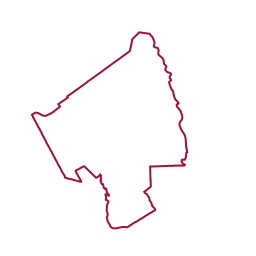 the district of La Gomera, Escuintla, Guatemala, rotated 135°
{"feature_id": "79465075B56387033973668", "entity_name": "La Gomera", "entity_type": "district", "adm_level": 2, "iso_a3": "GTM", "parent_name": "Guatemala", "parent_adm1": "Escuintla", "projection": "equal_earth", "projection_center": [-91.137, 14.084], "detail": "fine", "context": "isolated", "style": "outline", "palette": "rose", "viewbox_px": 256, "rotation_deg": 135, "n_neighbors": 0, "source": "geoboundaries", "source_scale": "gbopen_adm2", "svg_char_len": 5422}
<svg xmlns="http://www.w3.org/2000/svg" viewBox="0 0 256 256"><g transform="rotate(135 128 128)"><path d="M200.1,60.1L198.8,58.4L188.8,56.2L188.4,55.8L182.8,54.7L182.3,54.3L177.5,53.4L166.9,50.7L166.1,52.1L166.1,55.5L165.7,55.7L165.5,56.7L164.4,58.5L163.9,61.5L162.3,63.6L162.2,65.1L161.7,67.0L161.6,68.5L162.1,70.0L161.5,71.4L154.6,70.5L153.2,70.5L149.1,75.0L149.0,75.3L148.4,75.5L147.7,76.6L139.5,85.1L137.3,82.9L136.6,82.2L136.2,82.0L135.3,81.0L124.9,71.5L123.0,69.4L122.3,69.1L114.6,61.5L114.2,61.6L113.8,62.0L113.8,62.6L114.0,63.0L114.2,63.5L114.3,64.2L114.3,64.6L114.2,65.2L114.1,65.6L114.0,66.0L113.8,66.2L113.6,66.5L113.4,66.8L113.0,67.2L112.7,67.3L112.2,67.3L111.8,67.2L111.6,66.9L111.3,66.4L110.9,65.9L110.6,65.7L110.1,65.4L109.8,65.4L109.6,65.6L109.1,65.9L108.8,66.0L108.4,66.0L108.0,66.2L107.7,66.5L107.4,66.7L107.0,67.2L106.6,67.4L106.3,67.6L105.9,67.9L105.5,68.2L105.3,68.5L105.1,68.7L104.6,69.1L104.2,69.3L103.8,69.3L103.5,69.3L103.2,69.1L102.8,69.7L102.2,70.5L101.5,71.7L99.6,74.2L98.0,76.0L96.6,77.5L95.9,78.4L95.1,79.4L94.3,80.4L93.6,81.6L93.1,82.5L92.7,83.7L92.3,85.1L92.0,86.6L91.8,88.1L91.5,89.2L91.3,89.8L90.3,92.0L89.9,93.1L89.5,93.7L89.0,94.2L88.6,94.6L87.8,95.1L86.9,95.5L86.1,95.6L85.3,95.7L84.7,95.8L83.9,95.9L83.3,96.2L82.9,96.4L82.5,96.7L81.8,97.5L80.9,98.5L80.4,99.3L79.9,100.5L79.8,100.8L79.5,101.4L79.1,102.2L78.8,103.1L78.6,103.8L78.5,104.8L78.5,105.6L78.4,106.6L78.3,107.4L78.3,107.8L78.2,108.4L78.0,108.9L77.8,109.3L77.6,109.7L77.2,109.9L76.7,110.1L76.4,110.1L76.1,110.0L75.6,109.8L75.2,109.6L74.9,109.6L74.6,109.9L74.4,110.6L74.4,111.0L74.3,111.7L74.3,112.6L74.3,113.4L74.3,114.2L74.3,114.8L74.1,115.5L73.5,116.8L73.1,117.6L72.5,118.5L71.9,119.4L71.3,120.6L70.8,121.3L70.3,121.8L70.1,122.1L70.0,122.4L70.0,122.9L70.0,123.2L70.0,123.7L70.0,124.1L69.7,125.0L69.2,126.1L68.8,127.2L68.5,127.7L68.2,128.4L67.9,129.0L67.4,129.8L67.1,130.5L66.8,131.0L66.5,131.3L66.2,131.5L65.8,131.5L65.5,131.5L65.1,131.4L64.7,131.4L64.2,131.3L63.8,131.3L63.5,131.8L63.4,132.1L63.3,132.6L63.2,133.3L63.0,134.0L62.7,134.4L62.4,134.6L62.2,134.8L61.9,134.9L61.5,135.0L61.1,135.1L60.6,135.2L60.3,135.2L59.7,135.4L59.4,135.8L59.3,136.4L59.3,137.0L59.4,137.4L59.7,138.0L60.0,138.5L60.3,138.9L60.5,139.3L60.6,139.7L60.7,140.6L60.7,141.1L60.6,141.8L60.5,142.5L60.2,143.0L60.0,143.3L59.8,143.6L59.2,143.8L58.6,143.8L58.2,143.9L57.8,144.1L57.5,144.3L57.3,144.6L57.1,145.2L57.2,145.9L57.2,146.5L57.3,147.0L57.3,147.4L57.2,147.7L57.0,148.3L56.7,148.6L56.4,149.0L56.0,149.4L55.6,149.9L55.2,150.4L55.0,150.8L54.7,151.3L54.5,151.8L54.3,152.5L54.2,152.9L54.2,153.2L54.2,153.6L54.2,154.0L54.3,154.5L54.4,154.9L54.5,155.4L54.5,155.9L54.5,156.4L54.5,157.1L54.5,157.5L54.4,158.3L54.2,158.7L54.1,159.0L53.9,159.3L53.5,159.7L53.0,160.1L52.7,160.3L52.4,160.5L51.8,160.9L51.5,161.4L50.9,162.1L50.5,162.9L50.4,163.5L50.6,163.9L50.8,164.3L51.0,164.6L51.4,165.0L51.6,165.4L51.8,165.8L51.9,166.2L52.1,166.6L52.1,167.1L51.8,167.6L51.5,168.0L51.3,168.1L50.9,168.3L50.4,168.5L50.0,168.7L49.6,169.0L49.2,169.3L48.7,170.0L48.2,170.7L47.7,171.8L47.3,172.8L46.9,173.5L46.7,174.0L46.6,174.5L46.5,175.2L46.4,175.6L46.4,176.2L46.4,177.1L46.4,177.5L46.3,178.2L46.3,178.5L46.2,178.9L46.0,179.2L52.4,187.7L57.3,187.7L62.0,187.8L64.8,185.9L68.7,183.4L72.1,181.1L72.9,181.2L79.6,182.2L82.2,182.7L82.6,182.6L86.2,183.2L88.0,183.6L89.6,183.8L93.6,184.5L103.2,186.0L105.4,186.3L114.7,187.8L123.6,189.3L125.8,189.5L133.9,190.8L135.8,191.1L146.4,192.9L148.7,193.3L148.8,193.2L149.2,192.0L150.4,192.3L152.5,192.7L160.5,194.2L160.7,192.8L160.9,191.2L161.5,191.2L171.2,192.5L173.4,193.3L176.1,194.2L177.4,194.7L178.1,195.1L178.7,195.9L178.8,196.1L178.9,196.5L179.2,196.9L179.8,198.0L180.4,200.2L180.6,201.0L180.8,201.7L181.5,202.8L182.5,204.3L182.9,204.5L184.1,204.7L185.0,204.9L185.5,205.1L186.5,205.3L186.7,204.6L187.6,202.4L187.9,200.8L188.8,198.6L188.8,197.9L190.8,191.8L190.9,190.9L192.0,187.6L192.5,185.4L193.0,185.1L193.4,183.5L193.8,182.5L194.1,180.9L194.8,179.3L195.1,177.7L196.0,175.4L197.7,169.3L198.4,167.5L198.9,165.0L199.8,162.7L199.9,162.0L200.6,160.3L200.6,159.5L201.2,158.0L202.2,154.4L203.2,151.7L204.2,147.5L205.8,143.1L206.4,139.8L207.0,138.2L207.5,137.7L207.5,137.2L205.4,133.3L203.7,131.0L203.3,129.8L201.9,127.5L200.7,125.7L200.4,124.7L199.1,123.2L198.6,123.9L196.3,132.5L195.4,134.7L194.9,134.8L191.0,133.5L189.0,133.1L186.5,132.2L186.0,131.6L185.7,115.3L183.9,114.8L180.5,114.6L180.6,114.2L180.7,113.9L180.7,113.4L181.2,113.1L181.6,113.1L181.8,113.0L182.1,112.6L182.3,112.1L182.4,111.6L182.7,111.3L183.1,111.3L183.4,111.1L183.7,110.7L183.9,110.3L184.0,110.0L184.4,109.9L184.6,110.1L184.9,109.8L185.1,109.3L185.4,109.1L185.6,108.8L185.7,108.4L185.8,107.8L186.0,107.3L186.1,106.8L185.9,106.5L185.5,106.2L185.6,105.5L186.0,105.0L186.3,104.5L186.6,104.0L186.8,103.7L187.3,103.2L187.4,102.7L187.4,102.1L187.5,101.6L187.3,101.2L186.9,101.3L186.5,101.2L186.3,100.8L186.3,100.2L186.6,99.9L186.9,99.7L187.2,99.4L187.5,98.9L187.6,98.4L187.9,98.1L188.2,98.0L188.4,97.6L188.5,97.0L188.8,95.5L188.8,94.2L189.2,93.7L189.9,94.5L189.9,95.6L190.9,96.9L191.9,95.7L192.7,94.0L194.1,93.4L194.4,93.0L194.4,92.2L193.7,91.3L193.7,90.2L194.0,89.7L197.9,88.0L198.4,87.4L200.4,85.6L201.3,84.9L201.7,84.3L202.1,83.4L202.4,82.7L203.8,80.9L206.0,79.9L208.0,77.0L208.5,75.9L209.1,73.2L210.0,71.1L209.8,68.3L209.1,67.1L206.8,65.1L206.3,64.8L203.8,63.2L203.4,63.0L203.0,62.7L202.6,62.4L201.4,61.4L200.1,60.1Z" fill="none" stroke="#9f1239" stroke-width="2"/></g></svg>